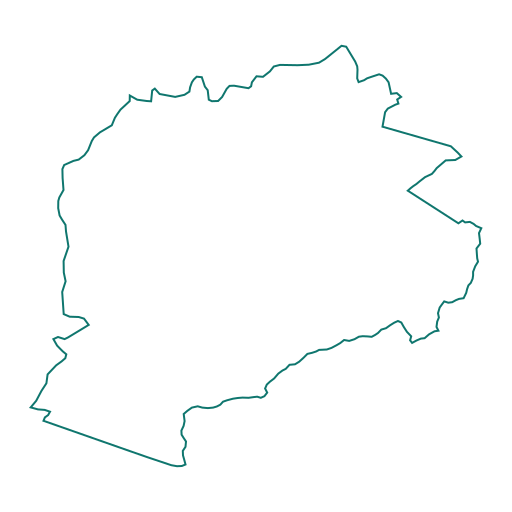 outline of Campos Sales, Ceará, Brazil
{"feature_id": "56859067B21784925382268", "entity_name": "Campos Sales", "entity_type": "district", "adm_level": 2, "iso_a3": "BRA", "parent_name": "Brazil", "parent_adm1": "Ceará", "projection": "mercator", "projection_center": [-40.248, -6.944], "detail": "fine", "context": "isolated", "style": "outline", "palette": "teal", "viewbox_px": 512, "rotation_deg": 0, "n_neighbors": 0, "source": "geoboundaries", "source_scale": "gbopen_adm2", "svg_char_len": 2990}
<svg xmlns="http://www.w3.org/2000/svg" viewBox="0 0 512 512"><path d="M30.7,407.4L38.0,409.4L44.7,409.9L50.0,411.7L48.1,415.1L44.9,417.4L43.5,420.8L129.9,451.1L147.4,457.2L171.3,465.2L177.0,466.2L181.8,466.0L185.5,464.5L184.3,460.0L183.0,455.4L182.8,450.9L185.5,446.8L186.0,441.5L183.6,437.9L181.6,434.7L181.4,430.6L183.6,425.9L184.6,421.1L183.7,414.0L187.4,410.8L191.9,407.6L197.7,406.3L202.3,407.6L207.9,408.1L213.1,407.6L216.8,406.5L220.3,404.7L223.0,401.7L227.0,400.3L233.0,398.7L237.7,398.0L242.5,397.6L248.6,397.8L253.6,397.1L257.2,396.7L260.8,397.8L264.4,396.2L267.2,392.6L265.1,388.5L266.8,384.6L269.9,381.7L274.1,378.5L278.3,373.6L282.5,370.5L285.7,368.9L289.5,364.8L295.0,364.3L299.2,361.7L303.5,357.8L307.4,353.9L312.1,352.8L316.1,351.5L319.1,349.9L323.0,349.7L326.8,349.5L331.5,347.9L336.4,345.3L340.2,343.1L344.1,340.0L349.2,340.9L354.5,339.2L358.9,336.7L362.7,336.2L367.3,336.4L371.7,336.8L375.2,334.9L378.0,333.0L381.3,329.6L386.0,328.2L390.2,325.2L394.2,322.7L397.9,321.0L401.3,322.5L403.7,326.8L406.9,331.8L411.2,336.3L410.1,340.3L412.1,342.9L416.5,340.5L420.9,338.6L424.6,338.2L429.1,334.3L434.5,331.3L438.4,330.7L436.5,326.9L437.2,321.6L438.9,317.5L438.0,313.2L439.7,307.5L442.1,304.2L444.2,301.4L448.3,302.7L452.2,302.2L455.8,300.2L459.0,298.9L463.6,298.2L466.2,292.9L467.1,289.1L468.4,285.4L470.8,282.9L472.6,278.8L473.1,275.4L473.1,271.8L475.2,266.3L478.0,261.7L477.2,258.3L476.9,254.4L476.5,248.5L480.2,243.7L479.7,238.9L479.0,233.1L481.3,228.2L476.1,226.0L473.6,223.9L469.9,221.9L465.1,222.4L462.5,220.5L458.4,223.3L407.8,190.7L410.6,188.2L413.3,186.1L416.3,184.1L419.8,181.2L425.1,177.1L431.9,173.9L434.4,171.1L436.7,168.1L445.7,160.4L455.3,160.0L461.4,156.5L457.8,152.7L453.8,149.0L450.9,146.3L382.5,126.7L385.1,112.2L387.8,108.6L395.3,104.7L398.4,103.6L397.2,99.5L401.1,96.9L396.8,93.1L391.1,93.8L388.6,82.3L385.9,78.6L382.6,75.6L379.1,74.3L371.5,76.8L367.1,78.3L364.1,80.2L358.6,82.1L357.2,78.4L357.5,69.7L357.2,66.3L355.2,61.6L346.2,46.7L341.5,45.8L325.1,59.0L319.0,62.7L308.8,64.7L297.7,65.2L280.0,64.9L273.8,66.5L269.9,71.4L263.0,76.8L256.5,76.3L251.9,82.3L251.1,86.3L248.5,88.2L234.0,85.7L229.5,85.9L226.7,88.8L222.1,97.0L218.1,101.0L211.9,101.2L208.8,99.7L207.7,90.2L204.9,86.6L201.8,77.2L196.7,76.7L193.8,79.5L191.9,82.3L190.1,87.3L189.4,91.6L184.5,94.8L175.2,96.9L159.6,94.0L154.8,88.6L152.2,90.5L151.1,101.3L146.7,101.0L137.2,99.7L129.8,95.5L129.7,101.1L120.5,109.6L117.3,114.1L114.9,117.8L111.8,125.3L100.0,132.3L94.0,137.4L91.8,141.0L88.1,150.2L84.4,155.2L78.7,159.6L73.4,160.9L64.2,165.0L62.4,169.1L62.6,178.0L63.5,190.0L59.3,197.5L58.3,201.0L58.2,208.2L59.6,215.5L61.9,219.4L65.5,224.9L66.0,231.4L68.5,246.7L63.6,261.0L63.8,272.6L65.6,281.3L62.2,292.0L63.7,314.1L69.7,316.7L78.7,317.0L84.0,318.6L88.7,324.9L81.8,329.1L67.9,337.5L64.6,339.1L58.0,337.0L53.4,339.1L57.1,345.6L60.4,349.0L62.8,351.4L66.3,354.3L65.3,358.2L61.6,361.4L56.2,365.3L47.6,374.4L46.4,383.3L41.5,390.8L36.2,400.8L30.7,407.4Z" fill="none" stroke="#0f766e" stroke-width="2"/></svg>